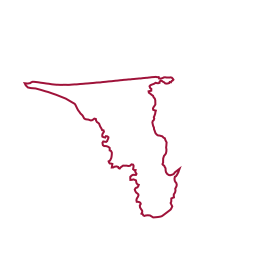 outline of Jandaíra, Bahia, Brazil, rotated 238°
{"feature_id": "56859067B28100829711010", "entity_name": "Jandaíra", "entity_type": "district", "adm_level": 2, "iso_a3": "BRA", "parent_name": "Brazil", "parent_adm1": "Bahia", "projection": "mercator", "projection_center": [-37.598, -11.607], "detail": "fine", "context": "isolated", "style": "outline", "palette": "rose", "viewbox_px": 256, "rotation_deg": 238, "n_neighbors": 0, "source": "geoboundaries", "source_scale": "gbopen_adm2", "svg_char_len": 4443}
<svg xmlns="http://www.w3.org/2000/svg" viewBox="0 0 256 256"><g transform="rotate(238 128 128)"><path d="M45.7,94.7L44.7,95.4L44.5,96.5L43.6,98.4L42.2,100.3L40.6,101.1L38.8,102.0L38.0,103.5L37.4,104.7L36.7,106.1L36.1,107.5L35.6,108.8L35.3,110.0L35.4,111.9L35.8,116.5L36.1,119.7L36.3,121.1L37.2,122.7L38.1,124.0L40.1,124.2L41.8,124.4L42.6,125.6L43.9,126.5L45.3,127.4L45.1,129.0L44.8,130.2L46.3,130.9L47.5,131.7L47.9,132.8L48.8,134.2L49.9,135.2L51.5,135.9L52.3,137.3L53.1,138.5L54.3,139.4L55.9,139.8L56.9,139.6L58.5,139.7L60.3,140.5L61.8,141.9L61.7,143.1L62.3,144.6L63.3,146.4L63.9,147.4L64.8,148.4L66.1,150.1L65.5,144.0L64.9,142.9L64.8,141.8L65.1,140.3L65.6,138.7L66.5,137.7L68.2,136.9L70.3,136.8L71.8,137.3L72.9,137.9L74.0,138.5L75.3,138.5L76.8,138.7L77.9,138.2L79.1,138.1L80.1,139.5L81.3,140.2L82.3,140.9L83.4,141.6L84.3,142.6L85.3,143.8L85.7,145.2L86.3,146.6L87.8,148.1L89.4,149.2L91.3,150.0L92.6,151.1L94.0,152.1L95.3,153.1L96.9,153.2L98.4,153.4L99.7,153.8L101.0,153.0L102.7,152.7L103.6,151.9L104.9,150.7L105.8,149.5L107.1,148.9L108.9,148.6L110.1,148.8L111.7,149.2L113.1,149.4L114.6,150.2L116.3,150.4L117.6,150.8L119.8,151.6L120.8,152.7L121.0,153.9L122.0,155.2L123.5,155.6L124.2,156.7L125.7,158.6L127.0,159.7L128.0,160.8L128.9,159.9L130.1,159.0L131.3,159.5L132.0,160.5L132.7,162.1L133.4,163.6L134.5,164.3L135.7,165.0L137.0,165.8L138.8,166.3L140.3,166.0L142.1,166.3L143.4,165.7L145.5,165.0L146.9,164.4L148.2,164.9L147.8,166.1L147.3,167.5L148.8,168.5L150.2,168.0L152.0,168.4L152.4,169.7L152.1,171.6L151.7,173.3L151.7,175.4L150.6,176.4L149.9,177.5L149.6,178.7L150.6,179.4L150.8,180.6L149.9,181.7L148.8,182.1L147.5,182.9L146.3,183.1L145.4,183.9L144.7,185.3L144.3,186.7L144.9,187.7L144.0,188.6L144.7,189.9L144.6,191.0L144.9,192.1L146.2,192.1L147.5,191.8L148.4,190.9L148.9,189.7L149.6,188.7L150.3,187.5L151.1,186.7L151.9,185.3L152.0,184.0L152.4,182.2L153.5,180.6L154.9,181.0L155.6,179.7L156.6,178.7L157.4,177.1L158.0,176.0L158.6,174.9L159.1,173.7L159.8,172.3L160.4,170.9L161.1,169.7L161.6,168.6L162.3,167.3L162.9,165.9L163.4,164.8L164.2,163.5L164.8,162.2L165.5,160.9L166.4,159.0L167.3,157.3L168.0,155.7L168.6,154.8L169.2,153.6L169.8,152.3L170.5,151.0L171.1,149.9L171.8,148.3L172.5,147.0L173.8,144.1L174.4,143.1L175.1,141.6L176.3,139.0L177.0,137.7L177.7,136.4L178.3,135.1L178.8,134.0L179.9,131.8L180.6,130.4L181.3,128.7L182.4,126.8L183.2,125.4L184.5,122.6L185.7,120.3L187.0,117.7L188.1,115.7L189.4,113.1L190.7,110.7L191.6,108.8L192.4,107.2L193.5,105.4L194.6,103.3L195.9,100.7L197.8,97.8L198.5,96.7L199.9,94.3L201.1,92.5L201.9,91.4L202.8,90.0L204.4,87.9L205.5,86.5L206.3,85.6L207.4,84.4L208.4,83.1L209.2,82.1L210.6,80.5L212.0,78.8L212.9,77.7L213.9,76.6L214.9,75.4L216.1,73.9L217.1,72.6L217.8,71.5L218.0,70.1L217.9,68.8L218.9,66.4L220.7,64.1L218.3,63.9L215.4,64.6L213.3,66.8L211.9,68.7L210.5,70.6L206.5,74.3L202.7,77.6L200.8,79.4L197.4,82.1L194.2,84.7L191.2,86.9L185.9,90.8L181.5,93.1L179.0,94.4L177.2,95.4L176.1,95.7L174.8,95.6L172.1,95.3L169.7,95.1L167.6,95.3L165.4,95.4L163.6,95.9L162.6,96.1L161.0,96.0L159.4,95.9L158.1,96.5L157.1,97.6L156.2,98.8L155.2,99.6L154.3,100.3L153.7,101.3L153.6,102.7L153.8,104.4L152.7,105.5L151.4,104.9L149.6,104.8L148.2,105.4L147.0,105.8L145.6,105.5L143.9,105.2L141.7,105.2L139.9,104.9L139.0,106.0L137.6,105.6L136.9,104.1L136.3,103.0L135.3,102.2L134.3,101.7L133.3,102.3L132.0,103.6L132.8,104.9L131.9,106.0L130.5,106.5L129.6,105.7L128.8,104.4L127.9,103.3L127.8,102.1L128.7,101.0L129.7,99.9L129.0,98.5L127.8,98.0L126.7,97.6L125.3,98.2L124.4,99.7L123.2,100.8L122.2,101.4L120.8,101.9L119.7,101.2L118.7,100.6L117.7,101.4L115.8,101.3L114.5,100.5L113.6,99.8L112.7,99.1L111.5,98.0L110.7,96.8L109.9,95.4L110.0,93.9L108.7,93.6L107.5,93.8L106.8,94.8L105.8,95.7L104.5,94.6L103.1,93.3L102.4,94.5L102.3,96.1L101.5,97.9L100.2,99.0L98.9,98.8L98.0,99.5L98.5,100.8L98.6,102.0L98.7,103.9L97.5,105.7L96.7,107.0L95.6,108.1L94.9,109.6L95.3,111.7L94.2,112.9L92.9,112.7L91.7,111.7L90.4,110.5L88.9,111.0L88.3,112.1L87.1,111.0L85.9,110.9L84.6,110.9L84.0,109.9L84.7,108.8L85.6,107.6L85.8,106.0L85.4,104.1L84.2,103.3L82.7,102.5L81.9,104.0L81.6,105.3L80.6,106.1L79.3,107.0L77.9,106.4L76.8,106.0L75.1,106.2L74.1,107.0L73.3,106.0L72.6,104.5L73.0,103.4L72.9,102.3L72.2,101.1L70.9,100.8L69.0,100.7L67.4,101.3L66.2,101.6L65.2,101.1L64.2,99.6L63.6,98.2L62.4,96.9L60.8,96.3L60.2,97.2L59.4,98.1L58.2,98.8L56.9,98.6L56.0,96.9L54.2,96.1L52.2,96.1L50.5,96.2L49.2,95.6L48.2,94.0L47.1,94.8L45.7,94.7Z" fill="none" stroke="#9f1239" stroke-width="2"/></g></svg>